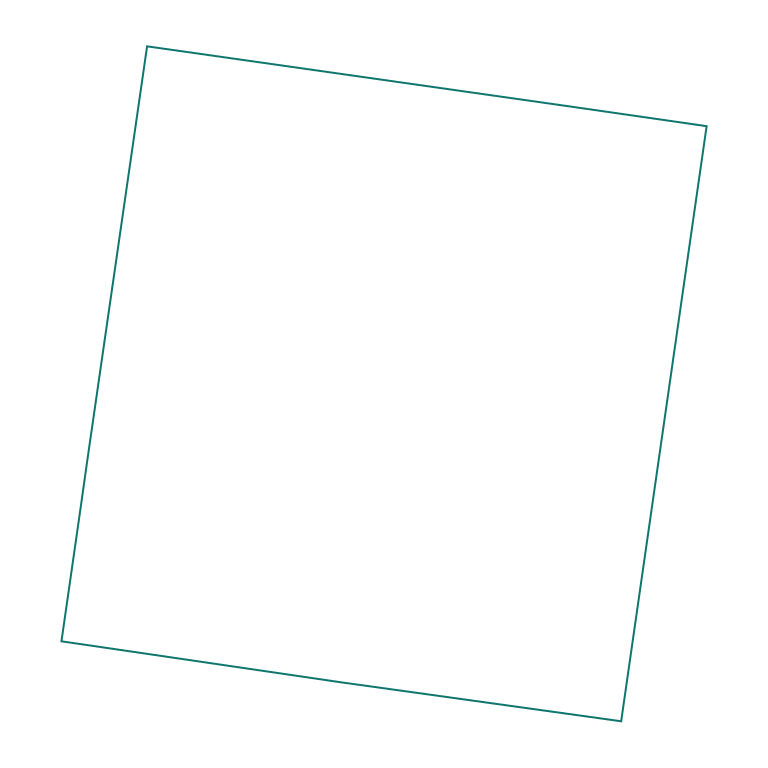 Cedar, Iowa, United States of America, rotated 98°
{"feature_id": "52423323B563666297739", "entity_name": "Cedar", "entity_type": "district", "adm_level": 2, "iso_a3": "USA", "parent_name": "United States of America", "parent_adm1": "Iowa", "projection": "natural_earth1", "projection_center": [-91.134, 41.772], "detail": "fine", "context": "isolated", "style": "outline", "palette": "teal", "viewbox_px": 768, "rotation_deg": 98, "n_neighbors": 0, "source": "geoboundaries", "source_scale": "gbopen_adm2", "svg_char_len": 269}
<svg xmlns="http://www.w3.org/2000/svg" viewBox="0 0 768 768"><g transform="rotate(98 384 384)"><path d="M83.8,100.4L83.3,241.8L82.6,665.6L505.4,667.2L547.9,667.2L683.7,667.6L685.4,385.4L685.0,102.2L83.8,100.4Z" fill="none" stroke="#0f766e" stroke-width="2"/></g></svg>